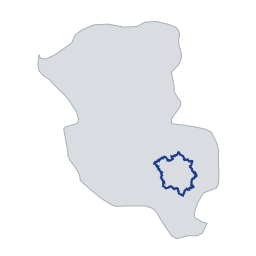 Nyamagabe, Southern, Rwanda (highlighted), rotated 273°
{"feature_id": "39286606B14277660644276", "entity_name": "Nyamagabe", "entity_type": "district", "adm_level": 2, "iso_a3": "RWA", "parent_name": "Rwanda", "parent_adm1": "Southern", "projection": "orthographic", "projection_center": [29.511, -2.4], "detail": "fine", "context": "in_parent", "style": "outline", "palette": "blue", "viewbox_px": 256, "rotation_deg": 273, "n_neighbors": 0, "source": "geoboundaries", "source_scale": "gbopen_adm2", "svg_char_len": 6257}
<svg xmlns="http://www.w3.org/2000/svg" viewBox="0 0 256 256"><g transform="rotate(273 128 128)"><path d="M97.0,69.4L100.5,69.3L123.6,63.8L125.9,65.5L129.6,76.2L131.5,77.8L134.7,78.1L141.2,75.7L153.1,67.3L158.3,62.2L164.4,55.1L172.2,47.0L176.5,40.0L180.8,35.9L186.3,34.7L192.5,35.0L196.8,35.1L193.3,36.8L192.5,41.9L196.6,50.2L209.8,67.2L218.2,70.4L223.7,77.0L229.1,88.2L230.7,102.1L228.5,118.9L229.8,131.4L234.6,139.6L235.9,150.3L233.6,163.3L230.8,171.1L227.4,173.7L223.7,174.7L218.6,173.8L212.4,174.9L205.6,177.3L201.4,177.7L198.7,177.2L193.7,175.1L185.9,168.4L171.2,172.1L167.2,172.0L161.8,175.2L157.4,179.1L154.7,179.4L152.0,178.9L139.4,170.9L134.7,171.2L132.8,193.5L130.7,206.0L128.1,211.5L119.0,216.8L109.9,219.9L104.9,219.7L84.9,221.3L77.0,221.3L72.7,219.5L67.1,206.8L56.4,201.2L46.2,198.6L42.1,199.3L38.4,205.9L36.9,211.9L27.0,207.8L24.0,202.8L23.7,194.3L20.1,182.6L22.1,177.7L26.0,174.5L34.2,168.3L46.7,159.8L49.4,155.7L51.1,149.0L50.3,133.2L49.1,119.9L50.6,115.2L56.3,104.9L64.0,94.4L72.9,83.2L78.3,82.1L85.3,77.9L92.8,71.7L97.0,69.4Z" fill="#d9dde1" stroke="#a8b0b8" stroke-width="1"/><path d="M99.0,162.5L98.8,162.1L98.9,161.8L98.5,161.6L98.4,161.7L98.2,161.7L97.8,161.4L97.6,161.1L97.7,160.9L97.6,160.7L97.4,160.7L97.5,160.6L97.1,160.3L97.3,160.1L96.8,159.9L96.9,159.4L96.7,159.4L96.3,158.9L96.0,158.7L96.0,158.4L95.8,158.3L95.7,158.3L95.7,158.1L95.8,158.1L95.6,157.9L95.6,157.6L95.4,157.5L95.3,157.2L95.4,156.9L95.2,156.8L95.0,156.3L94.8,156.2L94.5,156.3L94.2,156.2L94.1,156.7L93.9,156.6L94.0,157.0L93.9,157.2L93.7,157.2L93.7,157.4L93.9,157.5L93.6,157.5L93.5,157.4L93.3,157.6L93.2,157.4L93.0,157.8L92.6,157.9L92.5,158.1L92.2,158.2L92.2,158.4L92.0,158.5L91.8,158.6L91.8,158.8L91.6,158.8L91.6,159.0L91.3,158.9L91.2,159.2L90.9,159.1L90.7,159.4L90.8,159.8L90.6,159.7L90.4,159.7L90.3,160.2L89.9,160.0L89.8,159.9L89.6,160.1L89.4,160.2L89.4,160.3L88.9,160.5L88.7,160.7L88.7,160.8L88.4,160.6L88.1,160.6L88.0,161.0L87.7,161.3L87.8,161.5L87.7,161.6L87.4,161.8L87.2,161.8L86.8,162.3L86.5,162.4L86.4,162.6L86.1,162.7L86.1,162.9L85.9,163.3L86.1,163.5L85.8,164.0L85.7,163.8L85.5,164.1L85.3,163.9L84.6,163.9L84.3,163.5L84.0,163.7L83.8,163.7L83.7,163.9L83.4,163.9L83.2,163.9L83.3,164.1L82.9,164.1L82.5,164.4L82.4,164.2L81.7,164.1L81.0,163.8L80.9,163.6L80.3,163.4L80.0,164.1L79.7,164.2L79.4,164.2L79.0,164.7L78.6,164.4L78.4,164.5L78.1,164.8L78.0,165.0L77.9,165.2L77.6,165.3L77.5,165.6L77.3,166.0L77.1,166.0L76.9,166.2L76.8,166.4L76.8,166.6L76.6,166.7L76.2,166.8L76.4,166.6L76.1,166.1L75.9,165.9L75.3,165.9L75.0,166.2L74.6,166.0L74.2,166.2L72.5,166.0L72.3,166.2L72.1,166.1L72.1,166.4L71.7,166.7L71.5,166.8L70.8,167.6L70.4,168.6L69.9,168.7L69.6,169.1L69.7,169.4L70.0,169.6L70.2,170.0L70.4,170.5L70.2,170.9L70.3,171.2L71.0,172.0L71.4,172.1L71.4,172.6L72.0,173.0L72.1,173.4L71.9,173.6L72.0,174.0L71.5,174.3L71.4,174.5L71.4,174.8L71.2,175.2L71.2,175.3L70.7,175.5L70.7,175.9L70.3,176.4L69.9,176.3L69.7,176.6L69.7,176.8L69.3,177.5L69.7,177.8L69.8,178.3L70.1,178.2L70.3,178.4L70.3,178.6L70.4,178.8L70.3,179.1L70.5,179.4L70.3,179.8L70.4,180.0L70.1,180.1L70.2,180.6L69.9,181.1L69.3,181.0L68.9,181.1L68.7,181.4L68.4,181.5L68.1,181.3L67.7,181.3L67.3,182.0L66.4,181.9L65.3,182.1L65.2,182.4L65.2,182.8L64.8,183.4L64.5,183.7L64.4,184.5L64.0,184.7L63.8,185.2L63.7,185.4L64.1,185.7L64.0,186.0L63.6,186.4L64.1,186.5L64.9,187.0L65.0,186.9L65.2,187.2L65.4,187.1L65.6,187.3L66.2,187.2L66.5,187.6L67.3,187.8L67.5,187.6L68.1,187.6L68.3,187.9L68.5,188.2L69.0,188.4L69.2,188.7L69.4,188.8L69.8,189.1L69.8,189.5L69.9,189.8L69.7,190.2L70.0,190.2L69.9,190.3L70.0,191.1L69.7,191.3L69.8,191.5L69.4,192.1L69.4,192.4L69.6,192.4L70.2,192.2L70.5,192.5L70.9,192.5L71.1,192.4L71.6,192.6L71.7,193.0L71.5,193.4L71.4,193.5L71.4,194.1L71.2,194.3L71.2,194.5L71.4,194.6L72.2,194.5L72.4,194.7L72.2,195.1L72.4,195.4L72.1,196.1L72.3,196.5L72.6,196.6L72.8,196.4L73.4,196.2L73.9,195.8L74.0,195.6L73.9,195.4L74.0,195.0L74.1,194.9L74.1,194.2L74.3,194.2L74.7,194.1L75.3,194.1L75.5,194.2L75.6,194.4L75.9,194.5L76.3,194.4L76.5,194.4L77.1,194.0L78.0,194.1L78.0,194.3L78.3,194.5L78.9,194.6L79.5,194.3L80.5,194.8L80.7,195.8L80.9,195.8L81.1,195.9L81.1,196.6L81.4,196.8L81.7,196.5L81.9,197.0L82.7,197.1L82.7,197.3L82.8,197.8L82.7,198.0L83.0,198.5L83.6,199.0L83.9,199.1L84.4,198.9L84.5,198.4L84.4,198.0L84.6,197.7L84.8,197.8L84.9,197.6L85.1,197.8L85.4,197.6L85.7,197.6L85.8,197.7L85.9,197.9L86.0,198.0L86.2,197.7L86.5,197.6L86.7,197.4L86.8,197.4L87.0,197.5L87.3,197.3L87.3,197.1L87.2,196.9L86.9,196.5L86.6,196.1L87.1,195.7L87.3,195.7L87.5,195.6L87.9,195.7L88.0,195.1L88.2,194.8L88.6,194.6L88.6,194.4L89.3,194.3L89.3,194.2L89.7,194.1L90.1,193.8L90.5,193.8L90.7,194.0L90.8,193.9L90.8,193.4L91.2,193.1L91.4,193.3L91.6,193.2L91.9,193.0L92.1,192.8L92.2,192.4L92.3,192.3L92.4,191.9L93.1,191.8L93.1,192.3L93.9,192.7L94.1,193.0L95.0,193.5L95.9,193.2L96.3,193.5L96.8,193.5L97.0,193.7L98.2,194.1L98.4,193.8L98.3,193.3L98.4,192.5L98.5,192.3L98.4,192.0L98.1,191.8L97.9,191.3L97.7,191.2L97.7,190.9L97.8,190.7L98.1,190.7L98.3,190.1L98.6,190.0L98.9,189.8L99.7,189.2L99.9,189.2L99.9,188.9L99.4,188.5L99.1,187.9L99.1,187.7L99.2,187.2L99.2,186.7L98.9,186.4L98.9,186.1L99.1,185.8L99.5,185.5L100.1,185.9L100.6,186.0L100.8,185.9L101.0,185.3L101.2,185.1L101.9,184.9L102.6,184.5L102.7,184.3L102.9,184.4L103.1,183.7L103.9,182.4L104.0,181.7L104.6,181.1L105.2,180.8L105.5,180.8L105.8,180.5L106.1,180.1L106.4,180.1L106.5,179.6L105.8,179.3L105.6,179.3L105.3,178.9L104.3,178.8L103.9,178.7L103.9,178.4L103.3,177.4L103.4,176.9L103.3,176.5L102.8,176.4L102.8,175.9L102.6,175.9L102.8,175.6L102.6,175.3L102.6,175.1L102.4,175.0L102.1,174.5L101.9,174.1L101.7,173.2L101.9,173.0L102.0,172.8L101.5,172.8L100.9,173.4L100.8,173.7L100.7,173.7L100.6,174.0L100.1,174.4L99.6,174.6L99.4,174.5L99.3,174.2L98.9,173.9L99.0,173.4L98.8,173.2L98.7,173.2L98.6,172.9L98.4,172.8L98.0,172.3L97.6,172.0L97.8,171.4L97.7,170.8L97.5,170.6L97.5,170.3L98.0,170.2L98.2,170.3L98.3,170.2L98.5,169.4L98.4,169.4L98.5,169.3L98.4,169.2L98.5,169.2L99.0,168.9L99.0,168.7L99.4,168.2L99.6,168.2L99.9,167.9L100.7,167.4L101.3,165.8L101.0,165.5L100.9,165.4L100.6,165.4L100.4,165.2L100.4,164.9L100.1,164.8L100.2,164.7L99.9,164.6L99.9,164.3L99.8,164.0L99.7,164.0L99.8,163.8L99.7,163.8L99.8,163.8L99.6,163.5L99.6,162.9L99.4,162.6L99.0,162.5Z" fill="none" stroke="#1e3a8a" stroke-width="2"/></g></svg>